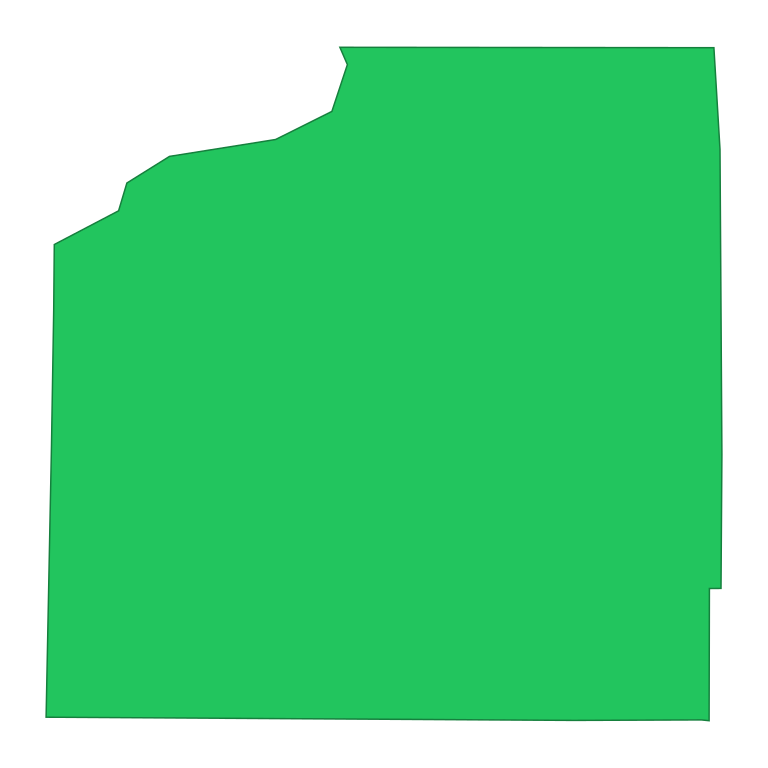 outline of Henry, Illinois, United States of America
{"feature_id": "52423323B92749685082725", "entity_name": "Henry", "entity_type": "district", "adm_level": 2, "iso_a3": "USA", "parent_name": "United States of America", "parent_adm1": "Illinois", "projection": "orthographic", "projection_center": [-90.154, 41.367], "detail": "fine", "context": "isolated", "style": "filled", "palette": "green", "viewbox_px": 768, "rotation_deg": 0, "n_neighbors": 0, "source": "geoboundaries", "source_scale": "gbopen_adm2", "svg_char_len": 364}
<svg xmlns="http://www.w3.org/2000/svg" viewBox="0 0 768 768"><path d="M51.5,445.3L46.1,717.2L573.8,720.4L701.3,719.9L709.1,720.7L709.4,588.5L721.0,588.4L721.9,454.6L720.0,149.5L713.9,47.7L339.9,47.3L347.4,64.6L331.9,111.4L275.6,139.5L169.5,156.4L126.9,183.0L118.6,210.8L54.3,244.5L53.7,310.5L51.5,445.3Z" fill="#22c55e" stroke="#15803d" stroke-width="1.5"/></svg>